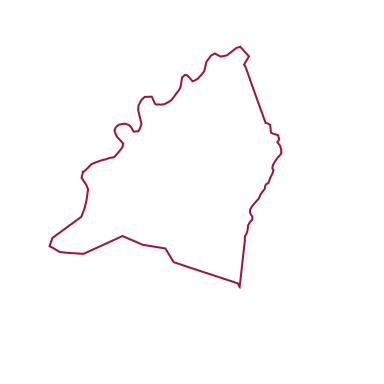 the district of Sharg Sennar, Sennar, Sudan, rotated 44°
{"feature_id": "16777658B19062452623819", "entity_name": "Sharg Sennar", "entity_type": "district", "adm_level": 2, "iso_a3": "SDN", "parent_name": "Sudan", "parent_adm1": "Sennar", "projection": "equal_earth", "projection_center": [33.793, 13.743], "detail": "fine", "context": "isolated", "style": "outline", "palette": "rose", "viewbox_px": 384, "rotation_deg": 44, "n_neighbors": 0, "source": "geoboundaries", "source_scale": "gbopen_adm2", "svg_char_len": 2179}
<svg xmlns="http://www.w3.org/2000/svg" viewBox="0 0 384 384"><g transform="rotate(44 192 192)"><path d="M292.3,227.3L263.5,189.9L262.3,188.9L260.8,187.0L260.2,184.3L258.7,181.2L257.3,179.3L255.6,177.2L254.5,173.1L254.6,170.4L253.3,168.4L252.3,167.7L249.4,167.1L247.5,166.1L245.9,163.9L245.1,160.2L244.8,156.6L244.6,150.5L242.9,145.8L242.5,142.9L242.2,139.3L240.6,137.1L239.9,135.2L240.7,132.4L239.3,129.3L238.2,126.8L237.0,122.6L235.8,120.5L235.4,119.6L233.7,119.4L232.2,117.7L231.3,115.8L230.4,112.0L229.7,107.6L229.7,107.0L229.7,104.0L229.6,103.8L229.5,103.2L229.4,102.7L229.3,102.1L229.2,102.1L229.2,101.9L226.4,99.3L223.0,97.5L218.8,96.9L218.1,93.4L215.6,92.1L214.7,91.3L208.1,94.5L206.7,93.9L205.9,93.0L201.6,89.4L199.3,90.0L198.3,90.4L197.0,91.2L178.0,81.9L156.2,71.1L143.8,64.9L142.2,64.5L141.0,64.2L138.7,54.8L131.9,54.4L130.9,54.4L129.9,54.3L125.9,54.0L123.9,57.4L122.2,69.5L118.5,74.7L112.2,76.5L110.9,80.9L112.0,88.5L116.9,96.6L117.4,101.9L117.4,104.4L117.4,106.6L116.4,110.2L115.4,112.0L111.1,111.5L107.4,111.4L105.6,112.8L105.3,116.5L108.7,121.3L111.2,125.2L112.0,128.8L112.2,131.8L112.5,133.4L112.8,135.6L113.3,140.0L112.7,143.2L112.2,144.6L111.7,146.1L111.3,147.8L108.7,151.0L107.6,151.8L106.2,153.2L105.6,154.0L104.0,154.2L103.1,153.8L100.3,152.7L98.5,152.0L96.8,151.4L94.4,153.9L93.7,154.6L91.9,156.5L91.7,160.9L92.5,163.8L93.4,166.8L96.3,170.4L101.2,173.6L103.5,175.0L104.7,175.8L108.2,178.0L110.2,181.7L111.2,185.4L108.3,189.0L106.9,188.9L105.8,188.5L103.6,187.7L100.4,187.6L98.7,188.3L96.5,189.2L94.3,191.9L92.5,194.8L92.2,198.2L93.5,201.7L96.3,203.1L97.5,203.5L98.3,203.9L99.7,204.4L105.6,204.7L109.1,205.0L110.9,208.3L111.3,211.9L111.6,215.8L111.7,217.7L111.7,221.3L109.0,224.8L108.0,226.9L107.2,228.6L105.3,231.3L103.9,234.1L102.8,236.2L102.3,237.2L100.3,241.8L100.3,247.9L100.0,253.8L99.9,253.8L100.0,253.9L102.8,258.6L111.3,260.4L115.3,262.2L121.9,271.3L126.1,278.5L128.8,284.8L129.6,286.9L123.5,322.0L125.2,325.8L127.3,330.0L131.5,328.6L138.5,327.1L144.3,322.6L156.9,311.9L172.6,271.9L179.9,269.2L193.2,264.2L212.1,251.1L227.6,255.2L241.9,248.4L288.4,225.9L290.6,226.7L292.2,227.3L292.3,227.3Z" fill="none" stroke="#9f1239" stroke-width="2"/></g></svg>